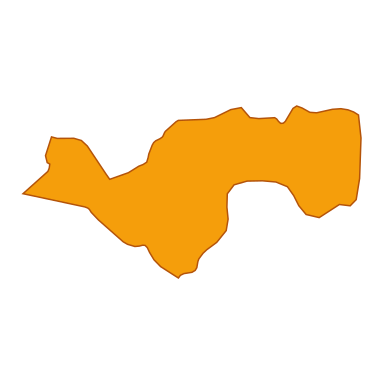 an SVG outline of Nsanje, rotated 270°
{"feature_id": "MWI-1919", "entity_name": "Nsanje", "entity_type": "District", "adm_level": 1, "iso_a3": "MWI", "parent_name": "Malawi", "parent_adm1": "", "projection": "orthographic", "projection_center": [35.132, -16.733], "detail": "fine", "context": "isolated", "style": "filled", "palette": "amber", "viewbox_px": 384, "rotation_deg": 270, "n_neighbors": 0, "source": "natural_earth", "source_scale": "10m", "svg_char_len": 1331}
<svg xmlns="http://www.w3.org/2000/svg" viewBox="0 0 384 384"><g transform="rotate(270 192 192)"><path d="M164.9,228.1L153.4,226.2L141.6,216.7L134.2,206.7L130.7,203.0L125.2,198.9L122.5,197.9L116.3,196.8L113.6,195.2L111.7,192.0L110.4,183.9L108.7,180.4L106.0,178.4L108.8,174.0L117.4,160.6L124.2,154.0L131.5,149.6L136.4,147.3L138.6,145.1L138.8,142.7L137.9,139.2L137.5,134.9L139.7,127.5L142.2,123.2L164.0,98.5L171.7,91.2L174.6,89.4L176.0,87.7L177.1,84.8L190.3,23.0L212.6,47.9L215.8,49.2L219.9,49.8L221.4,47.2L228.3,45.5L247.1,51.5L245.6,57.2L245.7,73.9L243.5,81.4L238.0,87.3L209.8,106.1L204.7,109.7L211.3,128.4L217.8,138.8L219.5,143.1L221.8,146.7L226.3,148.1L230.0,148.8L238.8,152.2L241.4,153.7L243.2,155.7L245.3,160.0L246.9,162.3L248.1,163.1L251.5,164.6L252.7,165.4L262.3,176.1L263.6,178.3L264.7,206.1L266.4,214.5L274.4,230.8L276.4,241.3L266.4,249.9L265.4,258.8L266.3,274.7L265.0,276.7L262.6,278.5L260.6,280.7L260.8,283.3L262.6,285.3L275.6,293.0L278.0,296.7L276.0,302.1L271.7,309.8L271.2,316.6L274.7,332.4L275.3,340.9L274.2,347.9L272.0,353.7L269.0,358.5L268.9,358.5L246.0,361.0L205.5,359.6L184.4,356.2L178.2,350.2L179.5,339.4L166.4,319.2L169.5,306.1L178.3,298.8L188.4,293.7L197.3,287.4L202.0,275.9L203.2,262.3L202.9,247.1L199.2,234.1L190.2,227.3L176.9,226.9L164.9,228.1Z" fill="#f59e0b" stroke="#b45309" stroke-width="1.5"/></g></svg>